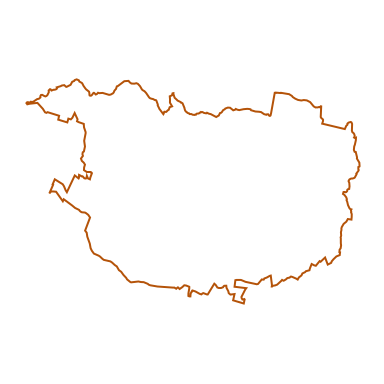 Magesti, Bihor, Romania (Robinson projection), rotated 91°
{"feature_id": "2599482B73401020399512", "entity_name": "Magesti", "entity_type": "district", "adm_level": 2, "iso_a3": "ROU", "parent_name": "Romania", "parent_adm1": "Bihor", "projection": "robinson", "projection_center": [22.44, 46.993], "detail": "fine", "context": "isolated", "style": "outline", "palette": "amber", "viewbox_px": 384, "rotation_deg": 91, "n_neighbors": 0, "source": "geoboundaries", "source_scale": "gbopen_adm2", "svg_char_len": 5912}
<svg xmlns="http://www.w3.org/2000/svg" viewBox="0 0 384 384"><g transform="rotate(91 192 192)"><path d="M302.6,138.3L298.5,137.5L298.1,137.9L298.6,139.2L298.6,139.7L297.0,140.6L296.0,140.7L288.6,137.1L287.2,136.1L286.0,147.8L279.4,147.1L279.1,145.6L279.1,141.4L280.9,136.9L283.1,125.6L282.8,124.4L278.2,120.7L278.4,119.3L278.3,118.7L277.2,118.2L276.3,115.9L274.5,112.8L274.2,111.8L283.9,110.4L285.1,110.6L285.1,110.3L284.8,110.1L284.3,109.2L283.9,107.1L283.1,105.2L279.4,101.3L278.3,100.4L279.1,99.0L278.9,98.4L277.6,96.4L276.4,95.2L275.9,92.9L275.1,92.1L274.8,91.6L275.2,90.1L276.8,86.3L277.7,84.8L275.6,83.7L273.5,81.1L271.5,80.2L270.2,77.6L269.2,76.7L268.2,73.2L266.4,72.8L261.9,71.1L263.2,68.5L263.6,66.9L258.9,63.2L259.5,62.2L255.2,57.8L262.2,55.0L260.4,51.6L258.9,51.1L256.8,49.4L253.9,46.5L252.5,43.2L249.7,42.9L249.5,43.6L247.1,43.4L245.7,42.4L242.7,42.0L240.7,42.3L235.6,42.4L234.9,42.6L233.0,42.1L229.6,42.4L227.3,41.9L226.0,42.0L224.6,41.7L221.2,39.8L219.0,37.2L216.3,35.7L216.8,32.1L214.3,31.9L211.3,31.9L209.5,32.6L209.1,32.4L207.8,32.8L206.6,32.3L206.2,33.6L205.6,34.2L202.4,35.8L198.8,36.7L197.6,37.3L197.1,37.3L196.5,37.0L194.6,37.7L192.3,39.5L191.3,41.0L189.4,40.5L189.3,39.5L189.6,38.3L189.3,37.7L188.4,36.9L187.0,36.7L186.4,35.9L186.2,34.9L183.6,34.6L180.0,34.9L178.7,35.6L177.8,35.5L176.6,34.7L175.8,33.2L175.7,31.6L175.2,30.2L174.7,29.5L171.8,28.0L171.1,27.7L170.7,28.0L167.9,26.0L167.1,25.7L166.3,26.1L164.1,26.1L163.7,25.1L163.3,24.9L159.7,25.2L155.7,27.7L154.4,27.6L149.1,29.0L149.0,30.1L147.1,30.9L143.6,30.6L141.9,30.0L137.5,29.1L134.9,29.0L135.3,29.8L134.7,30.9L134.0,30.5L133.0,30.3L131.3,30.8L130.3,31.5L129.4,32.7L127.9,33.2L121.2,33.1L119.7,33.7L119.2,34.5L119.9,36.7L120.9,37.8L121.7,37.7L122.2,37.9L123.1,38.9L126.4,40.3L121.4,63.0L119.0,62.3L117.6,62.2L117.1,62.4L115.8,64.0L114.8,64.6L103.3,64.3L105.3,65.2L104.7,66.2L105.2,67.7L105.3,70.0L104.3,71.8L100.1,75.4L98.4,78.8L98.1,81.8L98.6,84.3L98.1,87.6L96.9,90.4L95.3,92.9L94.2,93.8L92.5,96.6L91.3,104.7L91.5,104.8L91.5,105.5L91.2,109.6L91.4,109.6L91.4,111.0L111.8,114.3L114.1,114.8L114.5,115.3L114.5,115.9L114.0,116.5L113.0,117.1L113.0,118.4L113.5,119.0L112.9,121.3L110.9,124.3L110.6,126.4L110.4,130.0L109.2,134.4L108.3,134.9L108.0,136.5L107.9,138.2L108.3,141.9L109.3,146.2L108.9,148.2L108.2,149.7L109.0,150.4L109.6,152.2L107.1,155.4L107.0,157.0L107.0,157.7L108.0,160.2L108.7,160.7L109.7,162.4L111.4,163.4L112.3,164.3L112.6,165.4L115.0,166.5L116.6,169.1L113.8,174.6L113.4,176.5L112.5,178.4L113.0,178.8L113.1,179.3L112.7,181.5L111.9,182.9L111.9,183.5L112.1,183.8L111.8,184.5L112.5,185.5L113.1,185.8L113.1,186.3L113.5,187.1L113.5,188.4L114.0,189.2L114.7,189.5L114.7,190.7L114.9,190.9L114.7,192.8L114.1,193.9L114.1,195.8L113.5,196.2L113.0,197.9L112.5,198.2L112.2,198.9L111.2,199.9L110.4,200.4L108.4,201.0L108.1,201.0L103.5,203.0L103.1,203.6L102.9,204.5L102.4,204.7L100.8,208.1L100.1,208.7L98.1,211.0L94.4,212.3L93.5,212.3L93.7,213.2L95.7,213.7L96.7,215.9L99.7,215.6L103.1,215.6L106.7,213.4L107.6,215.8L110.2,216.7L110.7,217.6L112.3,219.1L112.4,219.4L112.2,221.0L112.7,221.4L114.0,221.6L114.7,222.0L109.3,226.2L108.9,226.3L106.0,227.8L105.2,227.7L101.3,229.2L100.7,229.8L100.7,230.8L99.8,232.4L99.4,234.3L98.9,235.7L98.2,236.5L93.8,239.6L92.1,241.2L90.9,243.3L90.1,244.0L87.1,245.8L84.8,248.0L84.2,249.5L84.7,251.6L84.6,254.5L83.4,256.2L82.0,257.4L82.4,261.6L87.3,267.9L87.7,269.0L90.3,269.8L92.0,271.3L93.8,272.0L94.7,272.7L96.0,275.0L96.3,276.6L94.5,283.1L94.8,286.5L94.4,287.7L95.6,288.7L96.2,289.9L94.6,291.6L94.6,292.2L96.8,293.8L97.4,294.5L97.5,295.2L97.3,296.0L96.9,296.2L94.5,296.4L93.4,296.8L91.2,299.7L90.1,300.6L87.8,302.3L85.7,303.4L84.9,304.0L83.5,306.6L82.3,307.1L81.4,309.3L82.2,311.3L83.0,311.7L83.9,313.7L87.0,315.3L89.1,319.3L89.1,319.6L87.4,321.6L87.8,324.0L88.5,325.2L89.7,329.0L90.3,328.6L91.5,329.3L92.1,330.9L92.2,332.2L93.0,334.3L91.8,335.2L91.7,335.8L93.0,337.1L94.7,336.9L97.7,338.3L98.6,339.3L99.0,340.3L98.4,341.8L97.5,343.4L97.6,344.6L98.8,345.3L100.1,345.2L101.5,346.8L101.8,348.4L104.5,352.3L104.8,353.8L104.5,354.7L105.8,356.5L105.7,357.5L105.3,357.3L105.0,357.6L105.3,358.6L106.0,359.1L107.2,358.2L106.6,356.0L105.6,348.1L111.4,342.6L114.9,340.3L115.4,338.9L114.7,337.8L118.1,326.2L122.0,327.0L124.6,317.9L120.8,316.9L121.5,314.4L119.9,312.9L115.1,310.7L121.3,307.7L123.3,308.2L124.1,306.6L125.8,301.4L129.2,301.1L134.0,299.4L135.2,299.4L142.7,300.7L148.4,299.8L153.4,300.8L154.2,301.9L156.1,302.2L157.8,301.7L160.5,303.6L162.8,302.7L164.6,300.7L166.5,299.5L169.3,300.3L172.0,300.4L173.8,297.6L173.8,293.6L174.4,293.3L174.4,292.8L174.9,292.4L179.3,293.9L181.1,294.3L180.2,296.3L177.7,297.4L179.6,297.7L180.4,298.4L180.2,299.8L178.2,301.7L178.3,302.8L177.7,303.5L176.9,305.2L179.8,305.3L180.4,305.6L177.5,309.5L194.4,317.1L192.6,318.3L188.5,320.1L186.5,321.4L181.7,329.4L186.9,331.5L187.2,331.0L195.9,334.6L193.9,332.9L193.9,330.6L194.1,327.9L203.5,321.0L201.5,320.1L207.5,311.7L210.0,308.6L211.8,304.7L212.7,304.0L213.6,303.0L214.2,301.8L214.4,298.7L214.9,297.7L216.6,295.4L219.3,293.5L232.5,298.2L234.5,296.6L238.5,295.9L245.4,293.3L249.9,292.4L252.5,291.1L255.3,289.0L257.3,284.2L258.1,282.9L260.4,280.4L261.4,279.0L262.8,272.4L263.9,270.7L266.4,267.9L267.7,265.9L271.4,263.7L273.0,261.4L276.1,259.1L279.0,256.3L280.5,255.4L283.0,252.2L283.4,251.3L282.4,244.0L282.9,241.6L283.0,238.7L284.6,234.6L285.4,233.7L286.0,232.1L287.1,224.9L287.9,209.7L287.9,207.9L289.0,206.1L287.6,204.6L287.6,204.3L289.2,202.7L287.4,200.2L285.4,198.1L285.6,196.3L286.8,193.1L288.1,193.0L293.4,193.8L296.0,193.8L296.4,192.9L296.4,191.8L293.6,191.6L291.0,190.3L291.2,190.0L290.5,189.6L291.4,186.8L293.7,182.5L294.2,180.8L293.2,179.7L292.9,178.9L294.2,175.2L294.2,174.5L283.3,168.1L284.5,166.7L287.0,165.0L287.5,163.6L287.5,161.3L286.7,159.3L285.9,158.9L285.2,158.1L285.1,156.1L287.3,155.8L290.5,154.0L292.5,153.5L293.9,151.8L293.3,147.7L299.6,149.0L302.6,138.3Z" fill="none" stroke="#b45309" stroke-width="2"/></g></svg>